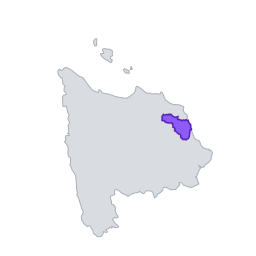 Granada highlighted on a map of Spain, rotated 252°
{"feature_id": "ESP-5821", "entity_name": "Granada", "entity_type": "Autonomous Community", "adm_level": 1, "iso_a3": "ESP", "parent_name": "Spain", "parent_adm1": "", "projection": "orthographic", "projection_center": [-3.141, 37.388], "detail": "fine", "context": "in_parent", "style": "filled", "palette": "violet", "viewbox_px": 256, "rotation_deg": 252, "n_neighbors": 0, "source": "natural_earth", "source_scale": "10m", "svg_char_len": 5089}
<svg xmlns="http://www.w3.org/2000/svg" viewBox="0 0 256 256"><g transform="rotate(252 128 128)"><path d="M134.6,63.3L134.6,64.0L135.7,65.2L139.0,65.9L139.8,66.4L139.7,68.1L139.0,69.5L139.7,70.1L140.5,70.1L141.4,68.9L141.6,69.7L143.1,70.4L146.5,71.6L148.8,71.7L151.3,74.3L155.2,73.7L158.8,76.1L162.1,75.4L162.9,75.9L168.1,75.8L168.3,73.7L168.8,72.8L177.9,75.3L179.1,77.0L178.9,77.9L179.5,80.0L180.7,79.8L183.0,78.6L186.1,79.8L187.0,81.0L187.6,81.1L189.9,79.7L196.2,80.9L196.3,79.9L196.8,79.5L199.3,78.5L200.4,78.2L203.7,78.7L204.2,79.8L204.9,80.2L205.2,81.2L203.3,82.0L203.2,83.7L204.6,85.1L204.9,87.7L201.8,91.2L192.5,97.4L189.5,100.9L182.4,103.0L175.0,105.8L170.8,110.5L171.9,110.8L173.3,112.2L172.9,112.9L171.0,114.0L169.3,114.4L166.2,120.0L161.8,125.9L160.2,128.5L156.8,135.3L156.9,137.2L158.9,143.8L160.0,145.5L161.5,146.9L164.2,148.0L165.0,149.2L164.1,150.4L161.4,152.6L156.7,155.5L154.7,157.8L154.3,160.0L152.9,161.0L152.5,163.9L150.6,168.1L150.5,169.2L152.1,170.7L150.6,171.7L143.2,172.2L138.6,175.5L136.3,178.5L134.2,183.8L131.7,187.0L130.6,187.6L128.8,186.3L126.6,186.1L124.5,186.5L123.3,187.6L121.6,188.3L119.9,187.7L116.2,187.5L114.5,187.5L112.0,188.4L109.8,187.8L106.0,187.5L97.9,188.1L96.9,188.4L93.3,192.0L89.4,192.0L85.8,193.4L83.3,196.8L82.8,198.7L82.1,198.3L81.6,198.4L81.3,199.8L78.8,200.7L76.1,199.4L73.8,197.6L72.6,197.4L70.7,194.7L70.0,192.9L69.4,191.0L69.4,189.7L67.7,188.9L67.4,187.2L68.7,185.0L70.4,183.8L68.8,183.9L67.7,185.3L66.3,182.9L60.6,178.2L61.0,176.7L60.0,177.8L59.3,178.1L56.3,177.8L52.9,178.2L51.8,170.5L52.8,167.9L56.8,162.9L59.2,162.3L60.3,159.6L58.1,159.7L54.9,154.4L56.0,149.6L59.6,146.2L60.2,144.7L60.4,143.4L59.8,142.4L57.9,141.8L56.2,138.0L55.9,135.6L54.4,134.2L53.2,131.8L54.4,131.5L59.2,131.7L60.4,131.1L61.3,129.6L62.3,127.0L62.6,125.5L60.8,123.1L60.8,122.6L61.1,121.9L64.1,119.5L63.6,117.6L64.2,113.7L64.1,111.4L63.8,109.5L63.0,107.0L63.6,106.1L65.2,105.3L66.5,103.3L68.3,101.7L70.6,100.5L73.4,97.7L73.0,96.3L72.1,95.6L68.9,94.9L68.7,94.3L68.8,91.1L68.0,89.8L66.8,89.9L65.1,89.3L64.6,89.6L62.3,89.4L60.7,88.8L60.0,89.3L59.8,90.4L57.0,91.4L55.5,91.3L53.1,90.2L50.2,90.4L49.9,90.1L47.4,91.3L46.6,91.3L45.7,89.7L47.2,87.5L46.1,85.3L45.4,85.2L40.8,86.5L38.1,88.4L37.1,88.6L36.7,88.2L36.8,85.3L39.7,82.3L38.0,82.0L38.1,81.1L39.3,79.7L38.3,78.5L38.5,75.4L36.0,76.3L35.4,76.1L35.5,74.8L37.1,72.4L35.6,72.0L34.5,70.9L33.2,68.8L33.2,67.7L34.2,65.2L36.4,64.1L38.5,62.5L41.3,63.0L45.6,61.7L47.1,61.0L47.1,59.9L46.7,59.1L47.2,58.4L50.7,56.4L52.7,56.3L54.9,55.3L56.2,56.1L57.5,55.9L58.8,56.8L60.6,58.8L63.3,59.6L65.5,59.1L76.6,59.4L79.7,58.5L82.1,59.8L86.9,60.4L89.7,61.4L97.6,63.2L100.4,63.2L106.2,61.7L107.7,62.1L110.0,61.4L111.1,61.5L112.5,62.6L117.6,64.1L118.9,62.9L119.9,62.6L123.5,63.3L127.2,64.9L129.1,65.0L131.9,64.5L134.6,63.3ZM206.4,127.8L207.8,128.4L209.2,127.7L209.9,127.8L210.7,128.1L211.0,129.3L208.3,135.3L206.0,137.0L203.4,135.9L201.9,135.7L201.5,135.3L201.0,133.4L200.3,132.9L199.3,132.7L197.5,134.2L196.9,133.3L195.9,133.2L195.5,132.6L195.5,131.8L201.1,127.0L202.8,125.9L206.3,124.5L206.9,124.6L206.5,125.3L207.0,125.9L206.4,127.8ZM222.8,124.3L222.4,125.9L217.9,124.1L216.4,124.0L216.0,123.7L216.1,122.0L219.0,121.6L221.4,122.2L222.8,124.3ZM182.9,145.5L182.4,146.7L180.2,146.4L179.7,145.9L180.1,144.6L180.7,144.4L180.7,143.5L181.3,142.5L184.4,141.6L185.2,142.2L185.4,143.1L183.6,145.2L182.9,145.5ZM185.3,150.0L185.0,150.2L182.5,150.1L182.5,149.4L182.9,148.3L183.8,149.3L185.2,149.4L185.3,150.0Z" fill="#d9dde1" stroke="#a8b0b8" stroke-width="1"/><path d="M116.5,187.7L116.1,187.7L115.0,187.5L113.5,187.7L113.3,187.9L113.1,188.1L112.7,188.3L112.2,188.6L111.3,188.6L110.7,188.2L110.4,188.2L110.2,188.3L109.6,188.0L109.4,187.7L108.9,187.8L108.5,187.8L108.2,188.0L107.5,188.1L106.8,187.9L106.7,187.3L106.9,186.6L106.0,185.6L105.3,185.7L101.3,183.8L99.6,182.4L99.4,182.1L99.3,181.8L99.2,180.6L98.8,179.4L99.7,178.6L99.6,178.0L100.0,177.3L100.0,176.7L100.2,176.4L100.3,176.3L101.0,176.4L101.3,176.4L101.5,176.2L102.2,175.5L102.4,175.3L103.5,175.4L104.3,175.8L105.9,175.7L106.7,174.2L108.3,173.3L109.1,173.0L110.9,171.5L111.1,171.4L111.5,171.6L112.1,172.3L112.5,172.4L113.7,172.2L114.0,172.0L114.3,171.4L114.7,171.1L115.1,171.0L115.6,171.1L117.0,171.8L117.3,171.6L117.6,171.5L117.9,171.5L118.6,171.7L118.7,171.1L119.8,170.5L119.9,169.0L120.0,168.5L121.5,165.9L122.8,164.8L123.0,164.8L123.2,165.0L124.3,164.1L124.2,163.1L125.0,162.7L126.2,163.3L127.8,163.8L128.1,163.7L128.6,164.1L128.8,164.2L129.0,164.6L129.3,165.1L129.7,165.6L130.0,165.8L129.1,166.4L129.0,166.6L128.9,166.7L128.9,167.6L129.0,168.6L128.9,169.0L128.5,169.5L128.4,169.9L128.5,171.3L127.6,171.5L127.9,173.1L126.0,173.8L123.7,175.8L123.6,176.0L123.6,177.1L123.4,177.5L123.5,179.0L122.7,178.6L122.0,178.6L121.8,178.5L121.5,178.0L121.3,177.9L120.9,177.8L120.7,177.9L120.6,178.0L120.1,179.6L120.0,179.8L119.6,179.9L119.5,180.0L119.4,180.3L119.2,180.8L119.1,181.1L118.4,181.2L118.2,181.4L118.2,181.6L118.3,182.3L118.5,183.0L118.5,183.5L117.4,184.5L117.3,184.8L117.6,185.1L117.8,185.2L118.0,185.9L116.3,186.9L116.5,187.7Z" fill="#8b5cf6" stroke="#5b21b6" stroke-width="1.5"/></g></svg>